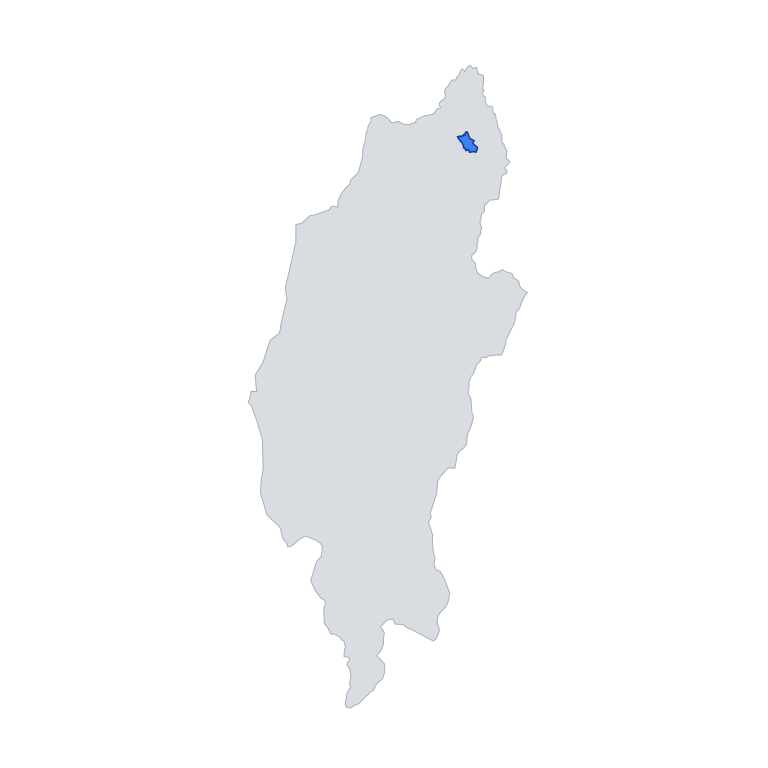 location of O'mnogovi, Uvs, Mongolia, rotated 96°
{"feature_id": "93677404B24799113543159", "entity_name": "O'mnogovi", "entity_type": "district", "adm_level": 2, "iso_a3": "MNG", "parent_name": "Mongolia", "parent_adm1": "Uvs", "projection": "robinson", "projection_center": [91.474, 49.101], "detail": "fine", "context": "in_parent", "style": "filled", "palette": "blue", "viewbox_px": 768, "rotation_deg": 96, "n_neighbors": 0, "source": "geoboundaries", "source_scale": "gbopen_adm2", "svg_char_len": 5630}
<svg xmlns="http://www.w3.org/2000/svg" viewBox="0 0 768 768"><g transform="rotate(96 384 384)"><path d="M59.8,324.6L62.2,324.5L65.8,322.2L66.3,319.0L67.4,317.2L76.2,316.4L80.2,317.3L80.9,315.3L81.6,315.0L83.7,316.7L85.8,316.0L87.2,315.2L88.5,312.8L91.5,313.2L96.7,310.5L96.5,305.8L98.5,304.7L103.1,303.8L103.7,301.7L104.7,301.1L108.1,300.5L113.9,298.1L116.6,297.9L118.8,295.8L123.9,293.1L131.7,291.8L132.4,290.4L139.4,286.2L147.1,286.0L149.1,282.3L150.3,282.0L155.7,286.3L157.9,285.8L158.7,284.1L161.9,284.1L163.3,287.2L165.1,288.4L187.9,289.6L188.6,290.7L190.1,297.9L194.3,301.2L195.3,302.8L201.6,302.3L205.2,305.0L210.7,304.9L213.4,305.6L218.7,303.1L219.9,303.1L221.6,304.4L224.2,303.4L229.2,305.9L233.0,305.4L234.8,306.5L237.1,305.6L242.5,306.3L247.1,310.2L250.1,309.9L253.6,307.3L254.5,305.6L259.7,304.7L262.7,303.0L264.6,301.5L267.3,295.9L267.6,290.2L264.9,289.3L262.6,287.4L261.1,284.3L260.8,282.2L258.2,279.0L258.3,277.3L259.7,274.5L260.2,269.9L261.9,267.4L265.4,266.1L265.7,264.2L267.8,260.8L273.4,258.7L276.4,254.8L278.0,250.9L280.8,252.9L288.3,255.7L294.4,257.0L298.6,259.9L309.3,260.6L327.6,267.4L331.3,267.0L342.1,269.8L343.1,270.8L343.3,275.9L344.3,277.3L345.0,282.8L347.2,285.6L346.9,288.9L347.9,289.9L350.5,290.3L355.0,293.8L364.7,296.2L367.7,298.4L374.3,299.9L377.6,299.0L383.1,299.6L385.1,299.2L388.3,296.6L390.5,295.8L402.8,293.7L406.1,292.0L408.3,291.6L418.2,293.3L425.2,295.8L435.0,295.6L439.8,298.5L442.1,301.2L446.1,303.6L459.8,304.7L460.5,305.3L460.7,311.2L461.4,312.1L470.7,318.6L475.0,320.5L487.4,320.2L507.1,324.4L511.5,323.1L515.8,325.2L517.3,325.1L529.3,319.7L531.2,320.0L544.0,317.9L551.9,315.2L558.2,315.4L562.9,313.1L564.5,308.5L572.1,303.2L585.5,296.6L594.5,297.6L600.0,299.9L606.1,304.7L609.3,306.0L615.1,306.4L623.0,303.1L627.4,303.9L631.5,305.4L634.5,307.8L624.7,332.7L624.7,334.2L621.3,339.4L621.6,347.7L616.7,350.7L618.0,355.4L619.4,357.1L625.6,361.9L627.5,361.3L628.9,359.3L631.8,357.6L637.5,358.0L642.4,357.3L648.9,358.9L655.0,362.8L662.3,354.3L669.8,353.2L677.0,354.4L683.1,360.1L690.0,362.7L692.1,366.0L694.8,367.3L695.8,368.9L704.5,375.5L706.7,379.8L709.4,382.9L709.8,386.0L709.4,387.6L706.4,389.2L695.2,388.4L688.3,385.3L686.1,387.1L677.6,386.4L673.0,387.7L669.9,388.9L668.2,391.0L666.8,391.5L665.3,391.4L662.6,389.7L660.4,389.7L659.8,390.1L659.0,395.4L651.8,395.4L649.3,394.7L643.6,397.2L642.9,399.3L640.0,402.1L637.7,407.4L638.6,409.7L637.9,411.2L632.9,414.0L628.2,418.3L617.8,420.0L612.9,420.3L609.1,419.2L605.5,420.0L603.2,424.7L596.9,430.6L587.4,436.4L568.9,432.8L566.6,432.0L562.4,428.4L551.9,428.2L549.1,430.6L546.8,434.3L543.3,446.1L548.1,452.7L553.3,457.2L555.6,460.2L555.8,462.9L552.6,464.1L548.4,468.4L537.5,472.4L526.2,486.9L504.9,495.5L491.3,496.1L480.5,495.3L451.6,499.3L433.3,506.9L419.7,513.5L416.9,516.6L415.5,517.1L412.8,515.9L405.2,515.5L404.9,509.9L388.7,513.1L375.0,506.6L355.7,502.7L351.8,501.2L344.9,493.9L341.4,492.9L333.0,492.6L309.8,489.4L299.2,492.2L252.0,486.5L235.0,488.3L234.3,487.6L233.1,482.9L224.9,475.8L223.8,474.0L223.4,471.3L216.5,456.7L212.4,454.5L212.8,448.4L206.6,448.8L199.6,446.5L192.4,442.2L188.9,439.0L184.0,438.2L177.7,432.4L174.8,431.3L159.9,429.0L152.4,429.6L144.3,428.1L135.2,427.9L132.2,426.7L129.6,426.9L124.2,424.4L120.7,424.9L116.3,416.6L117.3,411.4L119.1,408.3L123.3,403.7L123.2,401.9L121.4,397.7L123.9,390.2L123.0,385.6L120.7,380.4L117.5,379.2L113.1,372.1L111.7,366.5L109.8,362.7L105.3,360.4L103.8,357.1L102.4,356.8L101.4,357.9L98.7,358.3L95.9,356.3L94.4,353.9L92.7,353.2L89.7,353.3L87.0,354.5L84.0,353.9L81.5,351.7L74.6,348.4L74.5,345.9L73.5,344.2L71.4,343.8L69.4,342.0L62.8,339.9L62.7,338.7L64.5,336.1L59.9,333.9L58.2,331.7L60.8,328.7L59.8,326.6L59.8,324.6Z" fill="#d9dde1" stroke="#a8b0b8" stroke-width="1"/><path d="M130.4,336.7L131.2,336.3L132.1,335.6L133.1,334.5L134.0,334.1L134.1,333.3L135.3,332.6L135.9,331.5L137.0,331.1L137.9,330.5L139.3,329.5L140.5,329.7L140.7,329.8L141.2,328.2L142.8,327.3L143.0,327.2L143.3,327.0L143.3,326.9L143.2,326.7L143.1,326.4L143.0,326.2L142.9,326.1L142.9,325.9L142.8,325.7L142.7,325.7L142.4,325.4L142.2,325.2L141.9,325.1L141.7,325.0L141.8,324.9L142.0,324.9L142.6,324.0L144.5,323.2L144.6,322.9L144.2,321.4L143.5,319.2L143.9,316.8L143.6,316.6L143.4,316.6L143.1,316.6L142.9,316.5L142.7,316.5L142.6,316.4L142.4,316.4L142.2,316.2L142.0,316.3L141.8,316.3L141.8,316.2L141.7,316.2L141.4,316.1L141.2,316.1L140.9,315.9L140.7,315.9L140.4,315.8L140.2,315.7L139.9,315.6L139.7,315.7L139.6,315.8L139.4,315.8L139.2,315.9L139.0,316.1L138.9,316.2L138.8,316.3L138.7,316.3L138.4,316.4L138.3,316.5L137.8,317.5L136.2,319.8L135.4,321.0L134.3,320.4L132.6,319.8L131.6,322.3L131.3,323.5L130.2,324.6L129.4,325.1L126.8,326.3L125.5,327.0L124.8,327.5L124.6,327.8L124.7,328.0L124.7,328.3L124.7,328.5L124.8,328.5L124.7,328.6L124.8,328.7L124.9,328.8L125.0,328.8L125.3,329.0L125.5,329.0L125.6,329.3L125.7,329.5L125.8,329.5L126.0,329.5L126.0,329.4L126.3,329.5L126.5,329.5L126.8,329.5L127.0,329.5L127.3,329.6L127.5,329.6L127.4,329.7L127.4,329.8L127.5,329.9L127.6,330.1L127.6,330.3L127.8,330.2L127.8,330.3L128.0,330.3L128.2,330.5L128.3,330.6L128.2,330.8L128.3,330.8L128.4,331.0L128.5,331.0L128.7,331.3L128.8,331.4L128.7,331.4L128.7,331.5L128.8,331.6L128.7,331.7L128.7,331.8L128.8,331.8L128.8,332.0L129.0,332.1L129.0,332.3L129.3,332.4L129.3,332.5L129.5,332.7L129.5,332.8L129.7,333.0L129.7,333.3L129.8,333.4L129.8,333.5L130.0,333.7L130.0,333.8L130.0,334.1L129.9,334.2L130.0,334.2L130.0,334.3L129.9,334.3L130.0,334.5L130.3,334.8L130.2,335.0L130.3,335.1L130.3,335.3L130.3,335.5L130.2,335.6L130.2,335.8L130.3,335.9L130.3,336.0L130.2,336.4L130.2,336.5L130.3,336.5L130.4,336.7Z" fill="#3b82f6" stroke="#1e3a8a" stroke-width="1.5"/></g></svg>